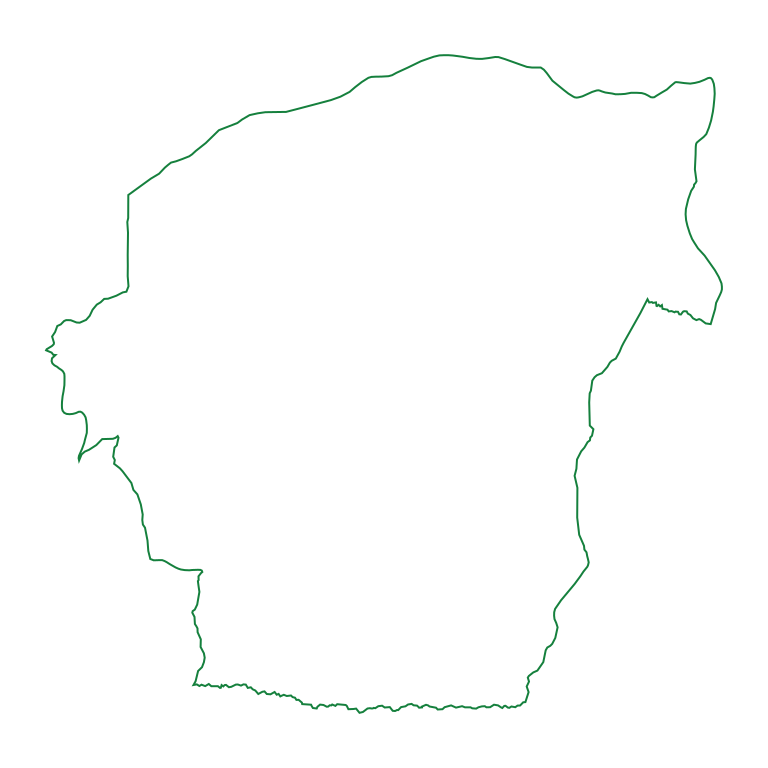 Basankusu, Équateur, Democratic Republic of the Congo (orthographic projection)
{"feature_id": "63176286B59821830207387", "entity_name": "Basankusu", "entity_type": "district", "adm_level": 2, "iso_a3": "COD", "parent_name": "Democratic Republic of the Congo", "parent_adm1": "Équateur", "projection": "orthographic", "projection_center": [19.985, 1.055], "detail": "fine", "context": "isolated", "style": "outline", "palette": "green", "viewbox_px": 768, "rotation_deg": 0, "n_neighbors": 0, "source": "geoboundaries", "source_scale": "gbopen_adm2", "svg_char_len": 5980}
<svg xmlns="http://www.w3.org/2000/svg" viewBox="0 0 768 768"><path d="M710.7,324.1L715.1,309.1L716.1,302.9L719.7,295.4L721.2,292.0L721.9,289.4L721.9,286.6L721.5,283.4L718.8,277.0L714.9,270.2L704.6,255.6L698.0,248.4L694.1,242.3L692.1,239.0L689.8,233.4L687.4,225.8L686.1,220.2L685.6,214.3L685.9,209.0L688.2,199.3L691.2,190.8L693.9,186.7L694.1,184.6L695.4,183.2L696.5,181.3L694.9,169.3L695.6,154.5L695.7,149.0L695.8,146.3L696.1,144.0L696.8,142.6L699.5,140.3L703.7,136.9L706.3,134.1L708.9,127.7L711.1,120.5L712.9,111.7L713.6,106.5L714.3,99.4L714.7,93.8L714.4,88.0L713.8,83.8L712.4,80.0L711.9,79.2L710.9,78.1L709.9,77.8L708.0,78.1L704.5,79.8L699.5,81.8L695.0,82.9L690.3,83.6L684.5,83.1L678.4,82.3L676.2,82.1L675.2,82.3L671.1,85.7L666.8,89.6L661.8,92.5L656.4,95.8L654.3,97.2L652.7,97.4L650.9,97.2L648.0,95.5L645.0,94.0L641.8,93.1L636.9,92.8L631.1,92.8L625.1,93.9L620.7,94.2L615.6,94.3L612.1,93.5L605.3,92.5L601.8,91.4L599.8,90.6L598.4,90.3L596.6,90.5L592.2,91.9L582.5,96.3L580.0,97.0L578.3,97.4L576.7,97.6L574.6,97.3L572.9,96.4L568.4,93.6L563.9,90.1L552.4,80.7L546.8,73.1L543.9,69.7L540.7,67.5L536.0,67.5L531.7,67.5L526.9,66.9L520.3,64.6L504.9,59.1L498.5,57.1L495.2,57.0L488.3,58.1L481.9,58.9L476.5,58.8L469.4,58.0L462.7,56.8L457.5,56.1L452.8,55.5L448.4,55.2L443.9,55.2L439.4,55.4L433.8,56.7L428.3,58.6L421.0,61.2L407.8,67.6L396.5,72.8L392.1,75.2L388.5,76.2L381.4,76.6L375.5,76.7L371.5,76.9L368.4,77.8L361.8,82.0L355.2,87.1L349.6,91.9L340.4,96.7L330.9,100.1L314.4,104.5L298.8,108.6L286.1,111.9L265.4,112.2L257.8,113.3L249.6,115.1L242.1,119.5L237.4,123.0L224.8,127.9L218.9,130.2L205.8,143.0L195.7,151.0L192.0,154.4L189.2,156.3L182.4,159.0L176.0,161.3L171.0,162.6L168.2,164.8L164.9,167.6L159.1,173.7L150.9,178.6L128.3,195.0L128.2,218.1L127.3,222.0L128.0,232.8L127.7,254.9L127.8,266.1L127.7,276.2L128.5,286.3L126.4,291.7L122.8,292.4L116.4,295.7L108.1,298.7L104.2,298.9L100.6,302.3L96.8,304.6L92.6,309.7L89.7,315.8L86.1,319.9L79.7,322.7L76.6,322.5L70.7,320.2L66.2,320.1L64.1,321.0L60.8,324.4L57.3,326.0L55.1,332.0L52.1,336.5L54.0,342.9L53.7,344.3L52.1,345.9L46.7,349.2L46.1,350.3L51.6,352.6L53.3,354.8L55.5,355.0L53.7,356.7L52.0,358.3L51.6,361.1L52.4,363.4L54.4,365.3L57.1,366.8L58.9,368.3L61.5,370.0L63.0,371.4L64.3,373.8L64.5,376.3L64.5,379.6L64.4,385.2L63.5,391.5L62.6,396.2L62.0,401.9L61.9,405.3L62.0,408.2L62.6,410.7L64.2,412.8L66.5,413.9L69.6,414.2L72.8,413.9L75.8,413.1L78.7,411.8L80.5,411.7L82.2,412.6L84.1,414.7L85.6,417.4L86.2,420.3L86.8,425.1L86.9,428.8L86.8,432.9L84.9,440.0L84.2,443.0L82.0,449.0L79.0,455.8L78.6,458.1L79.1,460.5L81.6,454.4L84.8,451.6L89.0,449.8L96.3,445.1L102.2,439.1L112.9,438.8L115.6,437.8L117.7,436.1L118.5,437.7L116.8,445.4L114.5,447.5L113.2,456.8L114.8,460.0L114.1,463.8L119.9,468.3L122.5,471.2L131.4,483.0L133.4,489.9L137.4,494.4L140.8,504.4L142.7,514.5L142.3,520.0L142.9,524.6L145.0,527.7L147.5,540.6L148.3,551.0L150.3,559.0L151.9,559.6L153.7,560.3L157.2,560.2L159.8,560.1L162.1,560.1L164.5,561.0L166.6,562.1L169.9,564.2L175.5,567.4L178.4,568.7L180.9,569.5L184.8,570.1L189.4,570.3L192.1,570.0L195.2,569.9L197.8,569.8L200.4,569.9L201.8,570.6L202.3,572.0L200.9,573.2L198.5,576.3L198.6,580.1L197.9,581.1L198.5,585.7L199.4,591.9L197.2,604.6L194.8,609.6L192.7,611.1L192.3,612.7L194.5,616.9L194.9,624.0L196.4,626.3L197.5,628.4L197.6,632.2L200.8,639.3L200.6,647.0L203.9,653.3L204.7,657.7L203.9,662.2L202.0,667.2L198.1,671.0L195.6,681.2L193.5,685.0L196.8,684.4L199.4,686.0L201.5,684.7L205.2,686.1L208.8,684.0L211.3,686.2L217.9,686.2L220.0,687.9L220.8,687.8L221.6,685.1L223.3,686.4L224.6,685.1L226.0,684.9L228.9,687.2L231.3,686.8L235.8,684.6L237.8,684.5L241.0,685.6L243.4,684.4L245.8,684.6L247.8,687.9L250.8,687.3L252.7,689.3L255.3,690.5L258.3,694.0L262.3,691.8L264.5,691.4L266.8,694.0L270.5,694.3L274.6,692.0L276.7,694.7L278.6,693.9L280.3,696.4L281.5,695.8L283.8,694.8L286.8,696.0L291.0,695.5L292.6,697.1L295.0,697.7L296.4,699.9L298.6,699.8L301.9,702.6L302.2,704.1L303.7,704.2L311.1,704.7L311.6,705.9L312.9,708.0L316.7,708.5L317.0,707.9L317.4,706.8L320.1,704.6L323.5,705.0L326.7,706.7L328.1,706.6L329.7,705.3L331.4,705.4L332.2,704.5L335.4,705.9L337.2,704.2L345.7,705.0L346.8,705.9L348.4,709.2L353.4,709.0L356.1,708.6L359.5,712.8L362.9,712.0L367.5,708.5L369.9,708.2L371.7,708.5L372.9,708.4L373.7,707.9L375.3,708.2L378.3,706.2L382.1,705.7L384.7,707.5L389.8,707.1L392.7,710.8L395.1,711.0L397.1,710.0L398.2,710.1L401.1,707.1L405.5,706.3L408.0,704.5L411.6,703.9L413.6,705.3L417.0,705.6L418.5,707.0L419.1,707.7L422.0,707.4L421.9,706.6L426.0,704.8L428.1,705.4L429.5,706.5L436.0,707.7L437.7,709.5L442.5,709.2L444.6,707.2L451.1,705.4L456.0,707.6L462.1,706.2L464.9,707.3L470.5,707.3L472.2,708.3L476.2,708.6L478.4,707.3L481.8,706.4L484.8,706.2L486.4,707.3L490.1,707.2L494.0,704.7L498.1,705.4L500.9,707.3L502.3,708.0L504.3,705.9L505.5,705.8L507.9,707.6L509.4,707.8L511.4,706.5L515.3,707.2L517.5,705.6L520.1,705.5L523.2,702.3L525.4,702.1L528.6,692.1L526.7,686.5L529.0,681.6L527.8,677.6L528.9,675.9L533.3,672.4L537.4,670.6L543.3,662.1L545.7,650.3L547.3,647.5L550.3,645.8L552.2,643.9L555.3,637.9L557.6,627.3L556.2,622.9L554.5,619.1L554.1,615.7L554.2,612.2L555.1,608.9L561.1,600.2L574.7,583.9L580.3,576.3L583.5,571.5L587.3,566.8L588.0,565.3L588.7,562.4L588.0,559.2L587.2,556.1L586.5,552.3L584.4,549.6L584.0,545.8L579.2,534.8L577.2,517.6L577.4,487.8L574.6,475.8L576.4,468.8L577.0,459.5L581.2,451.3L584.4,447.6L587.6,442.1L589.9,440.4L590.3,437.5L592.0,435.7L593.4,429.2L589.8,425.6L589.2,402.4L589.7,393.3L590.9,390.7L592.3,380.6L594.6,377.2L596.9,375.2L601.9,373.2L607.4,366.9L609.9,362.6L611.7,360.8L615.8,358.6L619.6,351.7L621.8,346.4L623.7,342.7L640.3,313.2L647.5,299.2L649.2,302.5L651.9,302.1L652.9,302.9L656.0,302.4L656.5,305.9L657.0,306.1L658.6,304.8L660.2,306.4L661.9,305.1L662.5,308.8L667.5,309.7L668.7,311.4L671.6,311.1L674.6,312.3L675.5,311.6L678.0,311.8L679.3,314.3L680.9,314.5L683.0,311.7L684.1,311.2L686.7,311.4L687.8,313.6L690.4,315.0L693.0,318.3L696.4,320.1L699.1,319.1L700.9,319.8L705.7,323.4L710.7,324.1Z" fill="none" stroke="#15803d" stroke-width="2"/></svg>